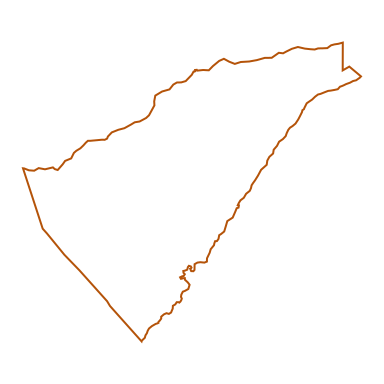 Calaveras, California, United States of America (Mercator projection)
{"feature_id": "52423323B80620838081699", "entity_name": "Calaveras", "entity_type": "district", "adm_level": 2, "iso_a3": "USA", "parent_name": "United States of America", "parent_adm1": "California", "projection": "mercator", "projection_center": [-120.465, 38.171], "detail": "fine", "context": "isolated", "style": "outline", "palette": "amber", "viewbox_px": 384, "rotation_deg": 0, "n_neighbors": 0, "source": "geoboundaries", "source_scale": "gbopen_adm2", "svg_char_len": 2715}
<svg xmlns="http://www.w3.org/2000/svg" viewBox="0 0 384 384"><path d="M342.8,42.6L338.4,43.8L334.4,44.4L331.1,45.3L327.3,48.1L322.8,48.3L318.1,48.4L314.7,49.5L310.3,49.2L304.8,48.6L297.9,47.0L291.9,48.8L286.2,51.6L283.1,53.3L278.8,52.8L276.0,54.8L271.7,57.8L264.7,57.9L256.9,60.1L249.2,61.5L240.8,62.0L234.8,63.9L229.2,61.7L223.9,58.8L219.2,60.9L212.9,66.1L208.8,70.3L203.1,70.0L197.4,70.6L196.8,69.8L195.1,70.0L195.3,71.1L194.6,71.6L193.6,71.5L191.8,74.8L185.7,81.1L181.2,82.4L176.9,82.5L173.3,84.6L169.5,89.4L162.1,91.5L155.3,95.6L154.2,101.3L154.4,105.4L151.9,110.0L149.0,115.3L146.1,118.0L139.6,121.5L134.7,122.3L131.1,124.5L124.4,128.2L118.3,129.8L111.8,132.4L107.9,136.5L107.1,138.6L104.7,139.8L102.1,139.7L95.8,140.3L90.2,140.8L87.9,140.8L85.8,142.7L83.4,145.4L80.4,148.3L76.3,150.8L73.9,152.9L71.2,158.4L65.1,160.9L62.7,164.3L59.9,167.5L57.7,170.0L54.8,169.1L52.9,167.4L45.0,169.3L38.7,168.1L34.2,170.7L28.9,170.3L24.1,168.4L23.0,168.3L42.7,228.7L47.0,233.5L64.4,254.8L79.4,270.3L107.1,301.2L110.0,306.0L141.6,341.4L141.8,340.7L144.8,337.8L145.5,335.3L146.9,333.2L147.7,330.8L149.0,328.5L151.9,326.1L155.7,323.9L157.4,323.4L158.4,322.9L158.3,322.5L158.6,321.7L159.7,320.7L161.2,318.6L161.2,316.7L164.0,314.3L166.5,313.2L168.9,313.9L171.1,312.5L171.8,310.7L172.7,308.7L172.9,305.8L175.3,304.4L176.7,302.2L178.6,302.2L179.3,302.6L180.4,301.6L181.2,300.3L181.8,298.6L181.0,296.9L181.3,294.7L182.0,293.3L182.8,291.7L184.9,290.9L188.3,289.0L189.6,284.8L187.8,282.4L185.0,279.8L184.8,278.1L182.9,278.3L181.7,278.7L180.9,278.8L180.1,277.3L182.1,276.3L183.7,276.0L184.8,274.2L183.5,272.8L183.3,271.0L185.0,270.6L187.2,269.7L187.9,267.1L188.9,265.8L190.8,266.4L191.5,267.6L190.8,268.7L190.2,268.8L190.8,270.2L191.2,271.1L193.4,271.2L194.5,269.9L194.6,264.2L197.4,262.6L200.3,262.2L204.4,262.6L206.9,261.6L207.0,258.3L209.7,252.7L210.7,249.2L214.0,245.2L214.3,243.5L215.1,241.2L216.9,241.1L218.5,238.9L219.2,235.2L221.1,234.0L224.2,231.5L225.7,226.6L227.3,221.1L232.7,217.6L235.4,211.4L236.7,208.2L238.5,207.6L238.9,205.4L237.8,205.2L238.8,203.0L240.5,200.3L243.8,197.8L246.1,193.8L249.8,190.8L251.0,188.1L251.6,185.3L253.1,183.0L255.0,180.4L258.0,175.6L261.1,169.8L266.7,164.8L267.3,160.6L269.4,156.8L273.1,153.5L273.7,149.7L277.0,145.9L279.1,141.7L282.9,139.1L285.7,136.1L286.7,133.2L288.3,129.8L290.0,127.7L292.5,126.1L295.5,123.6L298.2,119.5L299.9,116.3L302.0,112.1L302.4,110.2L303.9,109.2L304.4,107.9L306.7,103.3L308.7,101.9L312.1,99.6L315.1,96.7L318.0,94.5L320.5,93.9L324.5,92.3L328.1,90.9L330.7,90.6L334.6,89.9L337.8,89.2L340.0,86.7L341.8,86.1L343.7,85.3L346.1,84.1L350.0,82.7L353.1,81.0L356.1,80.3L359.8,77.7L361.0,76.4L349.3,66.6L342.7,70.4L342.8,42.6Z" fill="none" stroke="#b45309" stroke-width="2"/></svg>